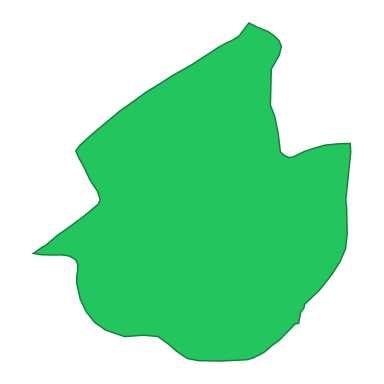 outline of San Rafael Pie de la Cuesta, San Marcos, Guatemala
{"feature_id": "79465075B609636359228", "entity_name": "San Rafael Pie de la Cuesta", "entity_type": "district", "adm_level": 2, "iso_a3": "GTM", "parent_name": "Guatemala", "parent_adm1": "San Marcos", "projection": "albers", "projection_center": [-91.914, 14.933], "detail": "fine", "context": "isolated", "style": "filled", "palette": "green", "viewbox_px": 384, "rotation_deg": 0, "n_neighbors": 0, "source": "geoboundaries", "source_scale": "gbopen_adm2", "svg_char_len": 1247}
<svg xmlns="http://www.w3.org/2000/svg" viewBox="0 0 384 384"><path d="M33.3,253.4L41.3,254.7L52.3,255.0L62.1,254.9L69.4,256.1L75.5,259.6L77.8,264.1L77.6,270.5L76.8,276.0L76.8,280.3L76.7,282.9L80.2,299.0L86.3,311.9L94.7,322.4L105.6,330.1L124.5,336.6L143.5,335.2L157.9,336.5L169.0,344.5L176.2,351.0L187.0,358.4L198.4,360.7L207.3,360.8L220.2,361.0L234.1,360.4L247.2,359.7L252.3,358.2L258.1,355.5L264.8,351.8L271.1,346.2L279.1,340.4L295.0,324.1L298.7,323.2L300.2,314.9L300.6,312.3L303.9,308.0L304.7,304.2L319.4,290.2L331.5,274.9L339.9,261.8L345.5,249.0L347.2,233.6L346.6,207.6L345.8,199.7L350.7,152.5L350.3,143.5L341.8,143.6L334.1,144.2L324.7,145.2L314.0,148.3L304.5,151.4L297.3,154.9L292.3,157.3L288.4,157.4L283.7,154.9L280.4,151.9L278.2,133.6L274.7,116.3L270.4,105.2L271.3,69.1L279.1,55.5L281.4,46.4L279.0,40.6L274.6,36.2L267.8,31.4L258.0,27.5L248.9,23.0L238.9,36.2L231.9,40.5L226.0,43.2L218.3,47.4L210.2,52.8L201.3,58.4L191.8,64.7L173.5,75.0L158.4,84.6L145.6,92.5L132.9,101.8L119.8,111.0L95.4,131.4L83.6,141.8L79.7,145.6L75.8,150.9L79.1,158.4L83.3,165.8L89.9,179.7L92.6,183.9L97.6,191.5L100.2,199.8L98.2,204.2L88.9,212.0L82.7,217.1L71.1,225.7L57.1,235.6L45.9,245.2L42.4,247.1L33.3,253.4Z" fill="#22c55e" stroke="#15803d" stroke-width="1.5"/></svg>